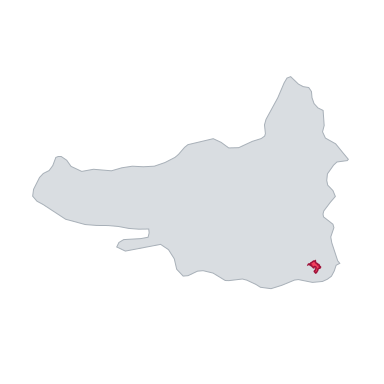 location of Castañuela, Monte Cristi, Dominican Republic, rotated 174°
{"feature_id": "3306468B38935954737927", "entity_name": "Castañuela", "entity_type": "district", "adm_level": 2, "iso_a3": "DOM", "parent_name": "Dominican Republic", "parent_adm1": "Monte Cristi", "projection": "albers", "projection_center": [-71.49, 19.73], "detail": "fine", "context": "in_parent", "style": "filled", "palette": "rose", "viewbox_px": 384, "rotation_deg": 174, "n_neighbors": 0, "source": "geoboundaries", "source_scale": "gbopen_adm2", "svg_char_len": 3334}
<svg xmlns="http://www.w3.org/2000/svg" viewBox="0 0 384 384"><g transform="rotate(174 192 192)"><path d="M53.1,259.4L53.6,244.3L55.9,238.2L53.7,231.7L44.1,224.9L38.3,216.0L33.1,208.2L34.3,207.0L44.7,206.7L48.4,203.9L55.4,195.9L56.8,189.4L56.3,184.6L51.7,178.7L49.9,172.6L55.6,167.2L62.9,159.4L64.0,156.4L63.8,153.5L55.2,145.2L54.6,141.7L58.7,132.8L58.3,126.9L54.3,108.4L52.5,105.6L56.3,104.1L58.8,98.6L62.1,93.7L66.5,91.1L71.6,89.4L81.6,89.5L95.4,93.8L99.3,93.7L112.5,89.8L123.5,87.6L133.9,90.1L138.1,93.4L146.7,98.6L151.0,100.2L164.5,100.0L168.2,100.5L179.6,109.2L189.2,112.6L194.8,112.7L204.7,109.2L209.6,109.3L215.3,116.8L216.6,127.4L221.4,137.1L228.7,143.2L264.5,140.2L272.6,145.2L269.9,149.5L264.9,151.8L247.8,151.0L240.4,151.6L238.9,155.8L238.9,159.7L248.9,160.6L258.7,162.4L268.7,165.4L278.9,167.4L290.3,168.7L301.6,170.8L320.5,178.1L341.5,195.2L347.2,199.1L350.9,204.5L349.3,211.2L342.1,222.4L337.9,226.0L331.8,228.3L327.7,232.8L323.8,240.6L321.3,241.3L318.4,241.0L313.3,236.7L309.6,230.1L299.5,224.0L287.6,224.9L269.9,221.5L259.3,223.4L248.7,223.9L237.8,222.2L226.8,221.6L215.9,224.1L205.3,228.2L201.5,230.8L194.7,237.2L191.1,239.5L165.3,242.8L157.8,238.3L150.9,232.0L141.0,231.2L126.6,236.1L117.6,237.9L113.9,240.0L112.9,242.4L112.9,251.2L110.8,256.5L96.8,276.8L88.9,291.0L85.6,295.4L81.8,296.4L74.9,288.2L70.5,285.2L65.0,283.7L62.7,279.4L62.8,273.2L61.4,267.2L58.0,262.5L53.1,259.4Z" fill="#d9dde1" stroke="#a8b0b8" stroke-width="1"/><path d="M77.6,98.5L77.1,98.6L76.8,98.8L76.6,99.0L76.3,99.3L76.2,99.5L76.0,99.9L75.9,100.0L75.4,100.5L75.2,100.9L75.1,101.1L75.0,101.4L75.0,101.7L75.0,101.9L74.9,101.9L74.9,102.0L74.7,102.3L74.4,102.5L74.2,102.7L73.8,102.8L73.7,102.9L73.4,102.8L73.2,102.8L72.9,102.9L72.6,103.0L72.4,103.4L72.3,103.5L72.2,103.6L72.0,103.8L72.0,104.0L72.2,104.3L72.3,104.4L72.5,104.4L72.8,104.3L73.0,104.3L73.2,104.5L73.0,104.8L73.0,105.0L73.0,105.4L73.0,105.6L73.0,105.8L73.3,106.2L73.4,106.3L73.5,106.6L73.7,106.8L73.8,106.8L73.9,106.7L74.0,106.6L74.2,106.4L74.3,106.4L74.3,106.5L74.6,106.6L74.7,106.8L74.8,106.9L74.9,107.0L74.8,107.4L74.8,107.5L75.0,107.8L75.5,108.1L75.8,108.2L76.0,108.3L76.2,108.5L76.3,108.8L76.3,109.1L76.5,109.5L76.5,109.8L76.5,110.1L76.5,110.3L76.5,110.6L77.0,110.3L77.2,110.2L77.3,110.2L77.3,110.3L77.5,110.3L77.6,110.5L77.8,110.7L78.1,110.5L78.4,110.5L78.6,110.4L78.9,110.3L79.1,110.2L79.5,109.9L80.1,109.5L80.4,109.4L80.7,109.3L81.0,109.2L81.3,109.0L81.3,108.9L81.4,108.5L81.4,108.4L81.5,108.3L81.5,108.2L81.8,108.2L82.7,108.2L83.1,108.2L83.3,108.2L83.5,108.2L83.8,108.0L83.9,107.9L84.0,107.8L84.1,107.6L83.8,107.7L83.6,107.7L83.4,107.7L83.2,107.7L82.9,107.6L82.6,107.4L82.4,107.1L82.2,107.0L81.9,107.1L81.7,107.1L81.7,106.7L81.5,106.4L81.4,106.4L81.3,106.5L81.1,106.6L80.9,106.6L80.7,106.6L80.7,106.4L80.8,106.2L80.6,105.7L80.3,105.3L79.9,104.9L79.7,104.7L79.4,104.5L79.4,104.4L79.3,104.1L79.2,104.1L79.0,103.9L78.9,103.8L78.7,103.8L78.6,104.0L78.6,104.3L78.5,104.5L78.4,104.8L78.2,104.9L78.1,105.0L77.9,105.1L77.7,105.1L77.3,104.9L77.0,104.7L76.7,104.5L76.6,104.4L76.5,104.1L76.6,103.8L76.7,103.5L76.7,103.4L76.8,103.2L76.8,102.8L76.8,102.7L76.9,102.4L77.0,102.3L77.3,101.9L77.5,101.7L77.6,101.4L77.8,101.2L78.0,101.0L78.3,100.9L78.5,100.7L78.7,100.3L78.7,100.2L78.5,99.8L78.1,99.4L78.0,99.2L77.9,99.2L77.6,98.5Z" fill="#f43f5e" stroke="#9f1239" stroke-width="1.5"/></g></svg>